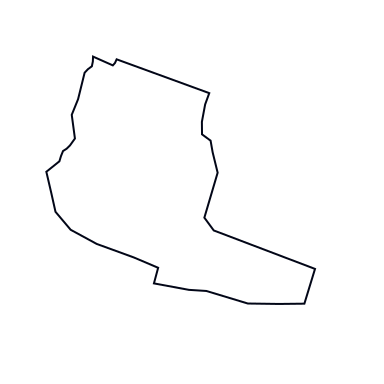 the border of Nakapiripirit, rotated 110°
{"feature_id": "UGA-3128", "entity_name": "Nakapiripirit", "entity_type": "District", "adm_level": 1, "iso_a3": "UGA", "parent_name": "Uganda", "parent_adm1": "", "projection": "albers", "projection_center": [34.525, 2.013], "detail": "fine", "context": "isolated", "style": "outline", "palette": "ink", "viewbox_px": 384, "rotation_deg": 110, "n_neighbors": 0, "source": "natural_earth", "source_scale": "10m", "svg_char_len": 639}
<svg xmlns="http://www.w3.org/2000/svg" viewBox="0 0 384 384"><g transform="rotate(110 192 192)"><path d="M203.0,327.4L197.6,327.2L194.2,324.6L190.0,322.6L181.8,320.3L160.6,331.4L143.7,330.8L116.6,333.7L112.2,331.8L108.1,329.1L103.3,329.8L98.6,331.3L100.1,309.7L97.1,308.5L93.1,308.2L93.2,209.6L105.2,209.6L122.7,206.7L134.4,202.3L137.4,192.1L147.6,186.2L165.1,174.5L211.9,171.6L220.7,158.4L222.2,50.1L258.5,48.2L267.5,72.1L277.7,101.4L280.1,144.7L285.0,161.4L290.9,196.5L274.8,197.9L273.4,224.3L273.4,263.8L269.0,293.1L257.3,313.5L241.2,323.8L222.8,335.8L208.5,327.1L203.0,327.4Z" fill="none" stroke="#020617" stroke-width="2"/></g></svg>